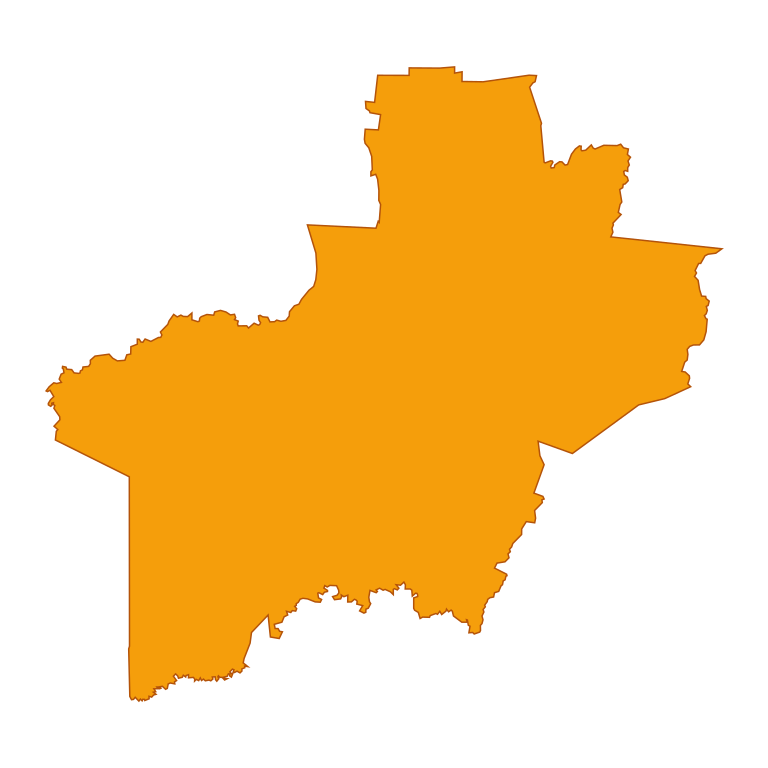 Light, South Australia, Australia (Robinson projection)
{"feature_id": "25037944B8971178176615", "entity_name": "Light", "entity_type": "district", "adm_level": 2, "iso_a3": "AUS", "parent_name": "Australia", "parent_adm1": "South Australia", "projection": "robinson", "projection_center": [138.756, -34.41], "detail": "fine", "context": "isolated", "style": "filled", "palette": "amber", "viewbox_px": 768, "rotation_deg": 0, "n_neighbors": 0, "source": "geoboundaries", "source_scale": "gbopen_adm2", "svg_char_len": 6063}
<svg xmlns="http://www.w3.org/2000/svg" viewBox="0 0 768 768"><path d="M129.8,696.4L131.5,699.7L133.5,699.4L135.2,697.3L138.9,701.1L140.4,699.1L142.1,700.8L142.8,699.3L144.5,699.4L144.8,700.5L149.1,698.8L149.0,696.3L151.7,697.1L153.6,695.0L156.0,694.3L153.4,692.2L155.7,691.7L153.9,688.8L158.0,688.7L156.8,687.0L158.3,687.0L159.8,688.7L160.9,688.2L159.5,686.8L162.4,686.3L165.6,689.3L167.3,688.4L168.2,683.9L170.3,683.0L174.8,683.9L174.5,681.8L176.6,680.6L173.4,676.2L175.6,673.9L177.7,675.9L178.5,678.2L182.3,677.3L183.3,675.2L185.7,677.0L186.1,675.5L188.5,674.7L188.5,677.8L193.4,677.4L194.7,679.0L194.6,681.1L196.4,679.4L198.7,680.6L200.3,677.9L201.5,680.5L203.5,679.1L205.3,680.8L208.9,680.1L210.8,680.8L212.9,679.0L212.3,677.0L215.2,676.8L215.5,679.7L216.8,681.2L218.8,678.7L217.9,676.8L218.4,675.8L219.9,677.3L222.2,677.4L224.6,680.0L227.2,678.7L225.0,678.5L223.9,677.1L227.2,676.3L228.4,673.8L229.6,674.0L229.7,675.9L231.4,677.1L233.1,672.8L231.1,673.7L229.9,671.8L232.4,669.1L234.0,669.8L233.3,671.4L234.5,672.5L237.0,671.2L240.0,672.9L241.9,671.1L241.9,668.9L244.8,667.7L244.6,666.1L247.8,666.6L243.2,662.9L244.1,658.5L250.1,643.1L251.5,632.5L268.1,615.0L270.4,637.0L279.2,638.5L282.4,631.8L279.6,631.3L278.1,628.6L275.1,628.5L274.3,624.3L281.9,622.2L284.1,616.8L287.7,615.0L286.5,611.3L290.8,612.5L292.3,610.6L295.7,611.1L296.7,608.7L294.7,606.3L296.3,605.4L296.2,603.7L298.3,602.3L300.1,599.2L302.9,598.3L307.6,598.9L315.2,601.9L320.3,602.2L321.6,599.5L318.5,597.9L317.8,593.2L318.9,592.7L322.7,594.6L324.4,592.2L327.5,591.5L327.5,590.4L323.9,588.1L324.8,585.6L327.2,587.0L329.9,585.4L336.6,585.7L338.6,590.1L338.9,592.8L337.0,595.3L332.6,596.6L334.5,599.7L340.6,598.9L341.6,596.9L341.3,595.0L343.9,596.7L347.8,595.2L347.7,602.0L351.4,601.9L354.4,599.3L355.8,599.8L357.2,601.2L356.8,604.1L362.7,605.6L359.6,610.9L363.9,613.1L365.8,612.3L365.9,609.2L368.3,608.2L370.7,603.6L369.5,601.8L368.8,597.3L370.0,590.4L376.2,592.7L377.4,591.5L376.1,589.9L379.6,588.2L383.1,590.2L385.1,589.4L390.4,591.8L393.3,594.6L393.3,589.4L394.4,588.7L397.3,589.9L398.9,588.2L396.1,584.7L400.5,585.2L403.9,582.1L405.4,584.8L405.2,589.0L410.3,589.0L411.8,590.2L412.3,596.1L415.6,593.2L417.0,593.4L417.6,594.8L417.7,596.5L413.7,597.9L413.7,608.3L414.6,610.2L418.3,612.4L420.1,618.5L422.6,617.1L429.5,617.3L430.2,615.6L435.9,613.5L437.5,614.3L439.8,611.3L441.7,614.5L446.0,611.1L446.5,609.1L448.6,611.8L451.1,610.1L452.3,611.2L453.5,616.0L461.8,622.2L467.1,622.2L466.5,619.7L467.4,620.0L468.3,625.2L470.0,626.2L468.9,632.8L472.7,632.5L474.2,634.0L479.7,632.1L480.5,630.5L480.4,625.4L482.0,623.6L483.0,619.8L482.0,616.0L483.9,612.0L483.1,609.5L485.3,606.8L484.7,605.1L487.2,601.7L487.7,599.4L489.9,597.7L493.6,597.0L494.5,592.7L498.7,591.4L501.0,585.9L502.5,584.7L503.2,580.9L505.1,579.8L505.9,576.2L507.0,575.7L506.6,574.2L494.5,568.1L497.0,563.1L505.0,561.8L509.0,557.8L508.0,553.9L510.3,551.7L509.5,549.2L511.6,547.0L512.8,543.5L521.6,534.5L521.7,528.9L526.3,521.6L534.7,522.8L535.6,518.2L534.6,510.5L542.3,502.6L541.9,499.8L544.1,499.0L542.9,496.4L533.9,493.1L544.1,464.7L539.9,455.7L538.1,441.2L572.4,453.5L638.7,404.9L664.8,398.6L690.7,386.7L687.8,383.9L689.6,378.3L689.3,375.8L685.2,372.0L681.7,371.4L684.7,362.2L687.2,360.0L687.9,354.4L687.2,349.3L689.7,346.4L693.4,345.0L699.5,344.9L703.8,339.9L706.1,331.7L707.2,319.2L706.0,318.7L704.4,315.6L706.2,313.8L707.3,310.4L706.3,306.4L708.1,305.5L709.2,301.1L706.1,298.6L705.7,296.4L701.6,296.1L699.6,289.6L698.1,280.3L694.5,276.4L696.5,273.0L695.1,270.6L698.6,263.5L700.7,263.4L705.0,255.8L708.1,254.2L715.8,253.2L721.9,248.8L610.8,236.9L612.9,232.2L612.0,228.2L613.4,224.9L612.9,223.2L621.1,214.5L618.3,212.4L620.1,204.4L621.8,202.0L619.7,189.5L622.7,187.7L623.2,184.4L625.2,183.9L628.2,180.7L627.3,177.2L624.4,175.0L623.7,171.5L625.1,170.5L627.7,171.3L627.7,167.6L629.3,165.0L628.0,161.0L630.5,157.2L627.4,154.5L628.4,149.0L623.5,147.8L620.7,144.2L617.1,145.6L603.8,145.3L595.1,149.0L593.2,148.1L591.3,144.9L585.7,150.2L581.9,150.8L581.0,149.7L581.2,146.2L579.4,145.9L575.4,149.0L571.5,154.2L567.6,164.5L565.1,165.1L562.0,161.9L559.6,161.7L554.8,165.0L554.2,167.6L551.2,168.0L550.6,166.2L552.9,162.3L552.4,161.1L550.7,160.8L545.2,162.9L544.1,162.2L540.8,125.7L541.5,123.3L529.6,87.2L532.9,82.9L535.1,81.7L536.5,75.6L529.1,75.2L483.1,81.8L462.0,81.5L462.1,71.8L454.6,73.1L454.6,66.9L439.6,68.1L409.2,67.9L409.1,75.4L377.7,75.3L374.6,102.4L365.5,101.4L366.0,108.5L369.4,110.9L370.0,112.7L380.6,114.6L378.4,129.9L365.2,129.2L364.4,139.3L365.1,143.3L368.8,147.8L371.7,156.4L372.3,169.9L370.9,171.7L370.9,175.9L375.7,174.3L377.6,179.1L378.9,190.5L378.8,200.4L380.6,204.5L379.2,222.4L378.2,221.3L376.0,228.2L307.4,224.9L315.9,253.1L316.9,269.4L315.8,279.7L313.7,286.4L309.0,290.2L301.5,299.4L298.9,304.2L294.4,305.8L289.5,311.7L289.2,316.1L285.9,320.4L280.9,321.3L276.7,320.1L274.6,321.7L270.0,321.9L267.7,317.3L262.7,316.8L260.1,315.3L258.5,315.9L259.0,320.2L260.6,322.7L259.7,324.5L258.3,325.2L254.1,323.2L248.5,328.0L246.7,325.8L238.2,325.9L237.5,324.0L238.2,321.1L234.5,319.6L235.7,317.7L234.5,314.3L230.4,314.9L226.0,312.0L220.5,310.4L214.7,311.9L213.7,315.2L206.9,314.5L201.2,316.7L199.7,318.2L199.4,321.0L197.9,321.7L191.9,319.8L191.9,313.0L187.6,316.6L183.2,316.4L180.9,315.1L177.2,316.9L173.7,314.4L169.1,320.9L167.8,324.4L160.4,332.0L161.9,335.0L160.7,337.4L158.4,337.5L150.9,341.4L145.1,339.0L142.8,342.3L140.9,342.0L139.2,339.2L137.3,339.1L137.3,344.2L130.9,346.7L130.7,354.0L126.8,354.8L124.9,360.3L117.4,360.9L112.7,358.2L109.1,354.2L95.0,356.1L90.3,360.3L90.4,363.7L88.6,366.4L83.0,367.0L82.4,369.8L80.4,370.9L80.0,373.0L78.7,373.4L74.1,372.9L71.7,369.6L66.8,369.2L66.0,367.1L62.6,366.4L62.3,368.1L63.3,369.0L64.0,372.8L61.1,374.2L59.2,379.1L61.4,382.4L56.7,383.5L53.8,382.8L49.3,386.6L46.1,390.9L47.5,391.6L50.0,390.3L53.8,396.6L50.5,399.8L48.3,403.4L48.4,404.9L50.7,406.3L51.9,405.4L51.7,403.2L53.5,402.7L53.3,404.5L54.8,405.4L53.9,408.3L59.7,416.7L59.9,419.8L54.0,426.2L57.8,429.6L56.3,431.3L55.4,440.0L129.3,476.8L129.5,646.2L128.7,648.9L129.8,696.4Z" fill="#f59e0b" stroke="#b45309" stroke-width="1.5"/></svg>